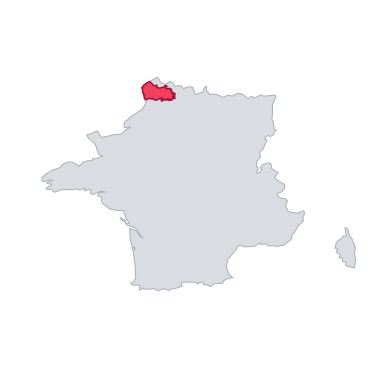 Pas-de-Calais highlighted on a map of France, rotated 343°
{"feature_id": "FRA-5334", "entity_name": "Pas-de-Calais", "entity_type": "Metropolitan department", "adm_level": 1, "iso_a3": "FRA", "parent_name": "France", "parent_adm1": "", "projection": "natural_earth1", "projection_center": [2.469, 50.516], "detail": "fine", "context": "in_parent", "style": "filled", "palette": "rose", "viewbox_px": 384, "rotation_deg": 343, "n_neighbors": 0, "source": "natural_earth", "source_scale": "10m", "svg_char_len": 6475}
<svg xmlns="http://www.w3.org/2000/svg" viewBox="0 0 384 384"><g transform="rotate(343 192 192)"><path d="M290.7,157.6L288.4,158.7L287.0,161.0L285.5,161.6L282.8,161.6L281.5,160.2L278.2,161.1L277.0,162.5L278.9,164.3L272.6,171.6L268.5,173.5L267.7,178.3L262.9,181.8L261.2,185.6L261.1,186.4L262.3,187.6L261.8,190.0L259.4,191.6L259.4,193.2L260.1,193.4L263.9,192.2L265.3,190.7L264.5,188.7L268.2,186.3L275.0,186.9L275.8,190.1L275.0,192.9L280.0,198.8L275.8,201.5L275.6,203.4L280.0,209.3L282.8,211.8L281.4,215.8L276.9,218.4L273.9,218.2L272.7,218.8L272.8,220.1L274.9,223.7L279.9,226.0L280.7,228.8L279.4,229.8L277.1,233.9L278.2,236.0L277.8,236.9L278.3,238.3L279.7,239.7L286.7,243.2L292.9,242.5L293.8,244.6L290.0,250.0L290.3,252.4L288.4,252.5L288.0,253.3L284.2,255.1L278.0,260.6L275.1,262.3L274.0,265.1L272.3,266.6L263.4,269.8L261.7,269.1L257.3,269.1L254.5,267.1L249.3,265.9L247.5,263.0L242.6,262.4L242.4,260.5L235.5,262.3L225.8,259.6L222.4,256.8L219.6,257.5L217.2,260.1L206.8,266.8L202.7,273.7L203.5,281.8L205.9,285.8L199.6,285.2L195.8,286.4L194.8,288.1L185.8,286.1L182.5,287.8L181.6,287.6L180.4,285.9L176.0,284.0L176.7,282.7L176.1,281.5L172.0,280.5L170.5,281.7L169.0,279.3L157.4,275.6L155.5,275.7L154.7,279.3L147.3,279.3L146.2,278.6L141.4,279.4L136.3,276.0L130.6,276.6L127.2,273.1L123.8,272.9L119.0,271.1L116.8,270.1L116.6,269.1L115.2,270.6L113.4,270.3L113.0,269.8L114.2,267.9L114.4,265.6L108.5,263.9L106.9,262.3L106.9,261.4L110.1,260.7L113.1,257.5L116.0,246.1L118.2,232.7L119.7,230.2L121.5,229.5L120.1,227.6L118.2,230.0L119.5,217.7L121.8,208.5L126.7,212.3L127.8,213.9L129.2,219.4L132.0,221.7L130.2,219.5L128.5,212.2L127.4,210.1L119.6,204.0L119.3,202.6L122.8,203.4L121.4,198.8L120.8,189.2L116.0,188.3L108.4,184.2L103.2,176.9L102.7,174.2L104.1,171.3L102.9,169.5L100.7,168.2L102.5,165.7L104.1,165.5L109.6,166.9L105.1,164.6L97.8,165.4L94.9,164.5L94.4,162.8L96.4,160.6L94.0,159.2L89.8,159.6L89.3,159.0L90.6,157.4L89.6,156.8L86.1,157.4L84.2,156.9L82.4,155.1L76.9,154.7L75.7,153.7L68.2,151.6L60.2,152.0L58.1,148.4L53.3,146.6L54.3,145.5L59.2,144.4L60.1,143.4L56.7,142.0L55.5,140.5L61.9,140.1L59.1,138.6L52.8,138.7L52.0,136.5L52.9,134.3L56.6,132.4L65.7,130.2L72.4,130.2L77.1,127.7L81.7,127.0L86.1,128.2L91.9,134.4L96.7,131.7L103.7,131.8L105.2,133.3L107.1,130.5L108.6,132.1L117.3,131.6L115.3,130.5L113.7,127.8L113.5,118.1L109.3,111.1L108.2,108.5L108.5,106.4L113.6,106.8L117.9,105.8L119.9,106.4L120.4,111.0L122.1,113.6L133.9,114.4L140.8,115.8L146.5,113.3L151.9,112.1L152.3,111.5L149.2,111.7L146.4,110.6L146.1,109.4L147.6,105.9L155.8,102.0L167.8,98.7L170.9,96.5L174.5,92.5L173.7,91.5L174.3,80.7L176.1,77.1L180.6,74.6L192.2,72.0L193.7,75.4L193.6,77.3L196.7,80.4L198.2,81.3L203.3,79.7L205.7,82.5L206.5,85.7L212.6,87.0L214.4,91.2L215.5,90.3L219.4,90.5L221.2,90.8L223.7,92.6L222.9,95.1L224.0,96.4L223.0,98.6L223.7,99.6L230.8,99.6L232.9,98.6L233.8,96.3L235.9,94.9L236.7,95.3L235.4,99.6L236.4,100.7L237.0,103.8L239.6,104.0L244.9,106.5L249.3,110.6L254.7,109.9L258.9,112.2L263.3,111.0L267.5,112.2L269.0,113.4L272.9,119.1L275.9,118.0L278.0,118.7L278.7,120.3L286.6,119.3L288.1,121.0L289.8,121.6L299.9,123.7L300.0,125.9L294.4,132.0L292.0,140.7L290.4,143.7L289.8,146.0L290.3,147.5L290.1,149.9L289.0,155.6L289.7,157.3L290.7,157.6ZM330.1,276.5L329.7,280.1L331.2,282.8L332.0,293.4L329.1,298.5L328.8,304.7L325.2,312.0L319.3,308.7L317.5,306.9L319.0,304.1L315.6,302.6L316.4,299.9L316.0,298.5L313.6,298.3L313.5,297.6L315.2,295.5L315.1,294.2L312.8,292.6L312.4,291.1L314.5,289.5L313.5,288.0L312.3,287.7L315.1,282.8L317.1,281.4L321.6,280.0L323.4,278.3L326.4,279.2L326.9,278.8L327.7,271.2L328.7,271.1L329.7,272.1L330.1,276.5ZM120.0,199.3L119.3,201.5L116.3,197.8L116.0,195.7L120.0,199.3Z" fill="#d9dde1" stroke="#a8b0b8" stroke-width="1"/><path d="M174.5,89.6L174.8,89.6L173.8,88.8L173.8,88.6L174.1,87.8L174.2,86.7L174.3,85.7L174.9,85.3L174.3,84.7L174.2,84.3L174.2,83.2L174.0,82.1L174.0,81.6L174.1,81.2L174.5,80.2L174.7,79.9L174.8,79.4L174.7,78.9L174.4,78.0L174.3,77.6L174.8,77.2L175.3,77.1L175.7,77.0L176.0,76.8L176.6,76.1L177.2,75.7L180.8,74.4L181.1,74.5L181.8,74.2L183.5,74.0L184.3,74.7L185.8,77.3L186.5,79.0L186.9,79.4L187.5,79.5L189.1,79.5L189.5,79.6L189.7,79.9L189.5,80.2L189.2,80.4L189.0,80.7L189.0,81.0L189.3,81.4L189.3,81.6L189.2,81.9L189.2,82.0L189.3,82.2L189.5,82.3L190.0,82.3L190.3,82.4L191.3,83.2L191.6,83.2L195.8,83.3L196.1,83.4L196.6,83.2L197.1,82.6L197.5,82.4L197.9,82.4L198.2,82.7L198.8,83.3L198.5,83.3L198.2,83.4L197.9,83.6L197.7,83.8L197.6,84.1L197.6,84.6L197.5,84.8L197.3,85.0L197.2,85.1L197.2,85.3L197.3,85.5L197.5,85.7L197.6,85.8L197.9,85.9L198.6,85.7L198.9,85.7L199.2,85.9L199.4,86.2L199.6,86.4L200.5,86.3L201.0,86.4L201.1,86.6L201.2,86.8L201.3,87.2L201.6,87.6L202.2,87.7L202.4,87.9L202.3,88.3L202.0,88.5L201.4,88.9L201.3,89.4L201.7,89.8L202.1,90.2L202.4,90.6L202.5,90.9L202.4,91.1L201.8,91.6L201.7,91.9L201.7,92.1L201.9,92.4L202.1,92.4L202.8,92.1L203.1,92.1L203.5,92.1L203.8,92.3L204.4,92.8L204.5,93.0L204.4,93.4L203.9,93.8L203.7,94.2L203.0,96.8L203.0,97.4L201.9,96.9L201.7,96.8L201.1,96.8L200.9,96.9L200.8,97.0L200.8,97.4L200.8,97.5L200.7,97.6L200.2,97.8L199.5,97.8L199.2,97.9L198.8,98.2L198.6,98.2L198.4,98.0L198.4,97.8L198.5,97.6L198.5,97.4L198.4,97.2L198.1,96.9L197.9,97.0L197.2,97.5L196.8,97.7L196.6,97.7L196.4,97.5L196.5,97.3L196.7,97.0L196.8,96.9L196.8,96.7L196.6,96.2L196.4,96.0L196.1,95.7L195.9,95.6L195.6,95.6L195.5,95.9L195.5,96.0L195.5,96.3L195.5,96.5L195.4,96.7L195.1,96.7L194.9,96.5L194.6,96.4L194.2,96.3L193.4,96.1L193.1,96.1L193.1,95.9L193.2,95.6L193.0,95.4L192.7,95.4L192.3,95.6L192.1,95.6L191.8,95.7L191.4,95.5L191.0,95.5L190.7,95.6L190.4,95.9L190.2,96.2L190.1,96.3L189.8,96.3L189.6,96.1L189.4,95.8L189.4,95.7L189.4,95.3L189.4,95.2L189.5,95.0L189.7,94.8L190.2,94.5L190.8,94.2L191.0,94.1L191.2,93.9L191.1,93.7L190.9,93.6L190.1,93.2L189.8,93.1L189.5,93.1L189.3,93.4L189.2,93.4L188.8,93.2L188.7,93.0L188.6,92.9L188.4,92.8L188.2,93.0L188.0,93.3L187.7,93.3L187.3,93.4L186.8,93.5L186.6,93.5L186.3,93.5L186.0,93.5L185.6,93.6L184.4,93.7L184.1,93.7L183.9,93.6L183.6,93.3L183.4,93.1L183.3,92.9L183.3,92.7L183.1,92.4L182.8,92.2L181.0,91.4L181.1,91.1L181.3,91.0L181.3,90.9L181.3,90.7L181.1,90.6L180.8,90.7L180.6,90.8L180.3,91.0L180.1,91.0L179.8,90.9L179.6,90.7L179.3,90.4L179.2,90.2L178.8,90.0L178.5,90.0L178.1,89.9L177.3,90.0L176.2,90.4L175.9,90.4L175.7,90.4L175.4,90.3L175.2,90.2L174.7,89.7L174.5,89.6ZM201.7,95.7L202.2,95.5L202.7,95.5L202.6,94.9L202.5,94.4L202.3,94.7L202.0,94.9L201.7,95.0L201.4,95.0L201.3,95.6L201.7,95.7Z" fill="#f43f5e" stroke="#9f1239" stroke-width="1.5"/></g></svg>